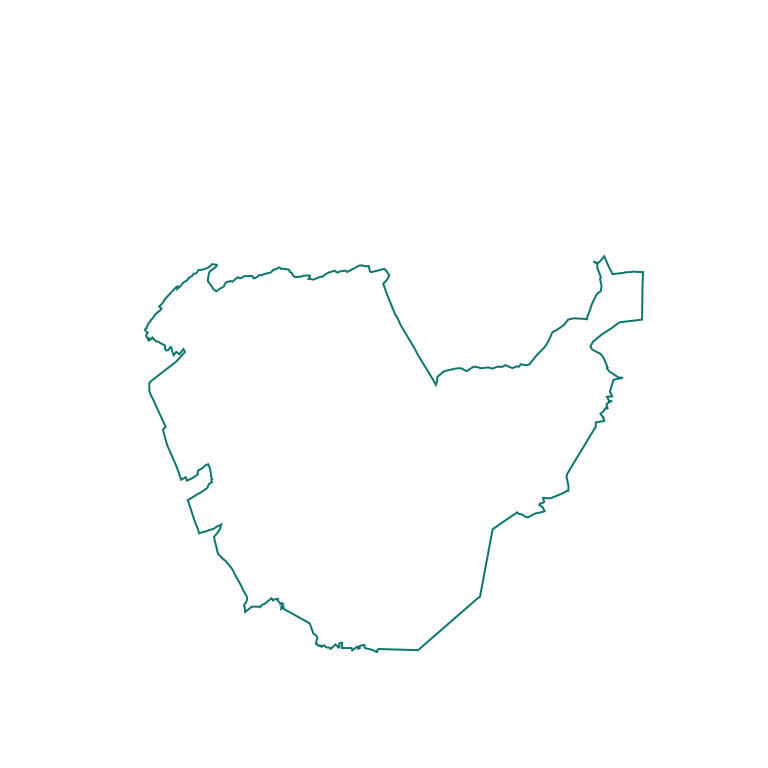 the district of Tlayacapan, Morelos, Mexico, rotated 224°
{"feature_id": "50627088B24291222836000", "entity_name": "Tlayacapan", "entity_type": "district", "adm_level": 2, "iso_a3": "MEX", "parent_name": "Mexico", "parent_adm1": "Morelos", "projection": "robinson", "projection_center": [-98.969, 18.943], "detail": "fine", "context": "isolated", "style": "outline", "palette": "teal", "viewbox_px": 768, "rotation_deg": 224, "n_neighbors": 0, "source": "geoboundaries", "source_scale": "gbopen_adm2", "svg_char_len": 6142}
<svg xmlns="http://www.w3.org/2000/svg" viewBox="0 0 768 768"><g transform="rotate(224 384 384)"><path d="M597.8,320.6L598.3,319.6L598.8,316.9L598.4,312.7L598.8,309.0L599.3,309.8L599.3,311.1L599.7,311.2L600.2,311.1L600.8,308.7L600.6,293.0L599.5,288.7L599.4,285.6L599.7,283.6L596.3,283.6L596.2,280.1L596.6,279.1L596.8,274.3L596.2,271.8L596.0,270.2L596.3,268.5L595.6,267.0L595.5,263.5L594.7,262.1L594.4,260.9L594.3,259.9L593.6,259.3L593.8,257.0L592.3,256.6L589.5,256.7L589.5,256.1L588.7,253.3L587.1,252.7L584.9,253.6L584.9,252.3L583.5,251.8L582.9,253.9L582.4,255.2L583.0,256.3L582.9,256.7L580.0,256.5L578.1,256.2L577.3,256.4L576.3,257.4L575.5,257.8L574.0,257.9L568.3,259.5L567.4,258.9L566.3,257.4L564.2,256.8L562.9,258.0L563.0,260.8L563.4,261.9L562.7,262.6L560.5,261.3L560.3,261.1L555.3,258.6L555.7,262.8L551.8,263.3L552.5,269.7L552.0,269.5L550.7,269.3L549.4,268.7L549.1,258.2L549.1,255.0L550.0,249.1L553.7,223.3L553.5,221.6L547.7,215.8L543.4,213.8L540.7,213.0L511.3,201.5L511.3,197.5L497.5,189.4L475.6,180.4L463.4,174.2L461.9,179.1L458.6,177.6L456.8,182.4L456.2,184.4L455.1,189.9L456.7,190.9L457.5,193.1L456.9,194.7L456.2,197.1L456.0,201.3L454.8,204.1L451.0,202.6L447.6,200.3L445.4,198.6L445.4,198.4L444.5,197.5L441.6,196.2L441.7,195.0L439.6,193.9L440.4,190.3L439.6,188.2L438.9,186.8L439.4,184.0L440.0,180.9L440.7,178.0L441.8,174.6L442.8,170.2L444.5,164.2L422.3,152.5L418.7,151.2L413.2,148.2L412.0,150.8L409.5,154.7L408.0,158.1L406.0,161.3L405.2,165.2L404.2,167.6L403.5,169.8L401.5,166.3L400.8,164.0L400.4,160.6L400.1,156.0L397.0,153.7L391.6,150.5L387.4,147.6L384.8,146.5L379.2,146.3L374.4,146.7L365.6,145.6L362.0,144.6L357.7,143.0L347.0,139.8L341.8,137.7L335.7,136.1L333.9,135.1L332.9,134.0L331.8,131.7L331.3,128.7L330.3,126.8L329.2,126.8L325.6,123.6L324.9,128.2L324.4,132.1L319.3,136.9L318.2,137.1L318.3,140.9L317.2,142.5L316.9,144.5L316.7,147.2L316.5,147.8L316.4,149.2L316.1,151.7L313.4,151.3L313.4,152.6L312.5,153.7L312.0,155.0L310.9,155.7L310.4,154.4L306.4,154.3L305.7,153.7L305.5,154.6L304.9,155.4L304.4,155.1L303.9,155.5L302.8,151.9L301.8,150.9L301.8,152.5L301.4,153.9L300.3,152.5L271.1,160.2L261.4,155.4L258.8,155.9L256.7,155.8L255.5,155.0L254.5,152.8L253.9,152.0L253.4,151.0L252.1,149.7L251.4,150.4L250.2,150.0L249.1,150.3L248.7,151.2L247.9,151.1L247.3,152.1L246.3,151.7L245.6,154.3L242.7,154.5L239.7,156.6L238.3,156.5L238.0,163.0L233.6,162.8L233.2,163.6L234.4,165.0L235.7,165.5L235.6,167.1L235.2,167.9L234.3,168.8L233.8,168.1L230.7,165.0L223.9,171.5L221.8,170.4L220.8,176.3L218.5,175.8L218.0,177.3L219.6,178.2L218.7,180.2L217.6,181.9L216.3,182.5L215.0,181.1L214.1,180.9L208.6,184.2L203.3,186.1L202.9,186.6L203.7,187.2L203.8,189.6L174.6,216.2L168.0,292.7L167.2,297.7L204.9,354.9L202.8,366.0L199.0,384.2L196.4,384.2L194.2,386.1L190.1,386.7L187.8,388.0L186.5,392.5L184.9,396.5L181.3,401.7L180.1,404.1L184.2,405.5L188.4,405.0L188.8,406.4L187.5,408.1L186.9,410.2L187.9,411.1L189.8,412.0L190.5,412.5L185.2,417.0L184.3,418.6L180.1,428.2L178.4,433.1L178.3,433.8L177.2,435.1L179.9,438.3L187.6,443.7L188.4,444.2L189.2,445.6L189.7,446.4L193.8,463.9L196.3,475.1L197.0,478.6L199.6,489.5L201.7,499.1L201.5,499.3L201.8,499.9L205.0,503.7L204.7,504.0L199.9,510.3L201.1,511.5L203.1,511.8L203.3,512.5L205.7,512.6L207.7,513.0L207.1,516.5L208.0,520.2L207.3,521.4L206.6,521.1L206.4,522.0L208.3,522.7L209.6,524.1L210.0,524.4L208.6,529.6L208.9,529.7L210.3,527.8L211.7,528.7L214.7,529.7L211.3,533.7L214.0,534.8L216.1,535.3L221.9,546.5L216.4,554.5L219.8,551.6L230.7,549.6L234.8,550.2L234.7,551.2L240.6,553.9L245.2,555.6L249.1,556.1L257.4,553.6L259.3,553.6L261.7,554.5L263.1,559.9L262.9,560.4L262.4,564.6L262.3,566.1L261.7,571.2L260.0,578.3L258.9,583.3L258.1,588.8L257.3,592.1L248.9,602.5L243.1,609.6L266.0,633.9L271.2,639.8L275.4,644.4L280.2,640.1L282.4,638.5L283.5,636.8L288.4,631.5L288.4,631.0L296.0,621.7L298.9,623.0L299.8,623.1L307.0,625.8L309.9,627.1L310.4,627.2L314.3,628.8L313.8,621.9L313.9,620.5L314.1,619.8L314.4,619.5L315.4,618.9L318.6,617.5L313.8,618.7L312.1,616.5L311.0,615.5L306.8,613.7L302.0,611.3L301.6,609.7L295.7,605.7L292.5,601.2L292.6,600.6L293.2,598.6L293.1,595.2L292.2,592.9L291.4,590.1L290.4,587.1L289.2,584.2L287.4,580.7L285.9,577.3L284.5,573.7L283.0,571.5L286.1,569.2L293.1,563.1L296.3,558.4L295.7,552.7L296.0,549.1L297.6,541.5L298.5,540.0L298.6,537.4L297.0,533.4L295.3,528.4L295.0,527.2L294.1,522.4L294.1,510.7L293.1,498.7L295.6,495.5L299.3,493.3L299.0,490.0L300.7,489.0L302.6,484.7L306.6,483.0L309.8,481.9L310.9,478.4L314.5,475.2L316.6,470.5L320.6,468.3L325.1,462.7L329.6,460.5L331.8,458.1L333.5,450.6L339.5,448.9L342.7,445.6L349.1,435.8L349.9,433.3L350.2,430.0L350.5,426.1L348.1,423.5L346.1,419.4L351.9,421.2L380.2,428.6L386.7,430.8L412.8,437.9L420.9,441.1L424.1,441.8L426.2,442.7L429.8,444.2L434.7,446.4L438.8,448.2L444.1,450.6L454.2,455.6L454.2,460.5L454.6,462.5L455.9,466.1L462.7,467.2L463.9,466.9L466.8,462.0L470.9,455.7L471.5,455.3L472.1,455.2L473.0,455.7L477.0,458.2L477.3,458.0L478.9,455.8L482.0,454.2L484.0,452.2L488.2,439.2L490.7,438.6L494.1,434.1L494.6,432.1L496.1,431.4L498.1,431.4L498.6,430.6L501.1,425.9L502.1,423.3L502.6,419.6L503.2,417.8L504.4,416.7L505.5,414.0L506.3,412.4L506.6,411.5L507.4,410.0L508.4,409.2L509.6,408.8L511.2,407.2L512.1,410.3L512.8,410.4L515.3,408.0L517.4,405.6L518.5,403.2L520.3,401.3L522.2,399.2L525.0,398.8L527.2,399.8L529.8,399.2L531.1,400.1L532.8,399.7L534.5,398.3L535.8,397.6L538.0,395.3L539.7,395.4L540.5,394.9L541.7,391.0L542.9,389.8L543.0,389.1L542.8,386.8L543.1,385.3L545.8,381.1L548.2,376.5L549.4,375.7L549.6,372.7L550.3,370.9L551.2,369.4L552.9,370.0L554.2,370.0L554.9,369.1L559.6,364.2L560.2,361.3L561.0,360.2L563.2,359.2L563.6,358.1L564.0,352.3L565.8,351.6L568.2,347.5L567.9,345.0L567.0,343.3L567.2,341.6L568.3,338.5L569.0,334.2L572.6,333.6L575.0,334.5L581.4,335.4L582.0,335.6L583.7,337.5L584.8,339.0L584.7,339.2L584.9,339.4L585.5,340.0L586.9,342.2L587.5,344.1L586.9,348.3L586.5,349.1L586.4,350.6L586.4,352.7L587.1,353.6L591.0,350.7L590.9,348.2L591.1,347.0L591.6,345.0L593.5,340.8L596.7,337.0L596.3,335.9L595.9,334.1L596.2,332.4L597.3,331.6L597.4,330.1L597.1,328.7L597.2,327.5L597.8,326.5L598.1,323.9L597.8,323.1L597.8,320.6Z" fill="none" stroke="#0f766e" stroke-width="2"/></g></svg>